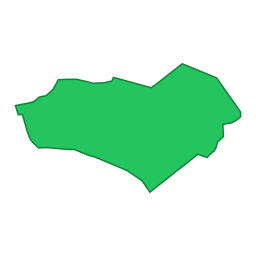 outline of La Carierre, Castries, Saint Lucia
{"feature_id": "8701671B73627657700806", "entity_name": "La Carierre", "entity_type": "district", "adm_level": 2, "iso_a3": "LCA", "parent_name": "Saint Lucia", "parent_adm1": "Castries", "projection": "mercator", "projection_center": [-60.987, 14.018], "detail": "fine", "context": "isolated", "style": "filled", "palette": "green", "viewbox_px": 256, "rotation_deg": 0, "n_neighbors": 0, "source": "geoboundaries", "source_scale": "gbopen_adm2", "svg_char_len": 1011}
<svg xmlns="http://www.w3.org/2000/svg" viewBox="0 0 256 256"><path d="M149.9,192.2L169.6,176.6L175.5,171.8L185.3,164.3L188.7,161.6L197.8,154.2L198.7,154.5L202.3,155.8L203.7,156.4L207.4,157.5L209.1,155.2L214.3,150.8L216.0,147.5L217.1,143.6L217.6,141.9L218.2,141.4L223.4,136.6L222.9,124.3L231.4,122.9L235.4,120.9L236.1,120.5L239.9,117.4L240.6,116.8L240.6,112.8L240.6,112.0L235.6,104.9L216.6,77.9L182.2,63.8L155.3,84.9L151.2,87.7L113.4,77.4L111.7,81.5L110.4,81.3L109.5,81.5L106.8,82.1L104.2,82.8L92.7,83.2L91.2,82.8L85.3,81.2L83.4,80.9L76.8,79.3L75.5,79.3L67.9,79.3L58.3,79.7L55.7,84.5L53.1,89.3L46.1,95.7L39.8,96.9L35.0,100.6L33.9,101.5L30.5,102.6L15.4,105.6L18.3,114.8L20.4,114.6L22.4,114.4L27.2,131.2L28.3,134.1L30.3,139.3L32.6,142.3L37.9,147.3L38.7,148.0L45.0,147.6L46.5,147.7L47.3,147.6L50.8,147.9L68.5,149.5L74.5,149.5L82.9,153.0L88.8,155.4L93.2,156.5L94.2,156.8L107.6,162.3L126.7,170.4L128.1,171.2L140.5,179.7L142.0,180.7L142.8,181.8L149.9,192.2Z" fill="#22c55e" stroke="#15803d" stroke-width="1.5"/></svg>